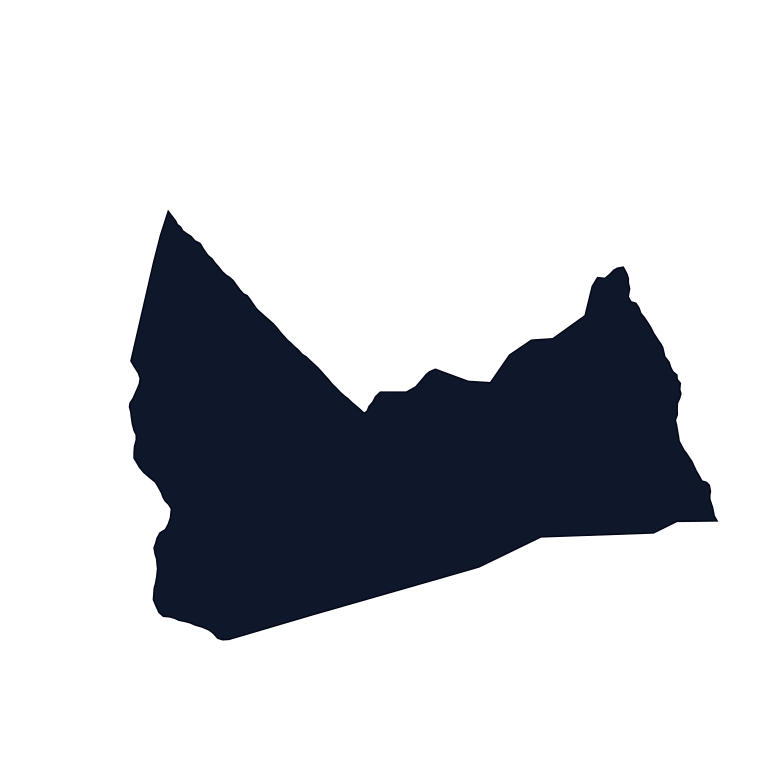 Boninal, Bahia, Brazil, rotated 163°
{"feature_id": "56859067B83846349550781", "entity_name": "Boninal", "entity_type": "district", "adm_level": 2, "iso_a3": "BRA", "parent_name": "Brazil", "parent_adm1": "Bahia", "projection": "mercator", "projection_center": [-41.805, -12.826], "detail": "fine", "context": "isolated", "style": "filled", "palette": "ink", "viewbox_px": 768, "rotation_deg": 163, "n_neighbors": 0, "source": "geoboundaries", "source_scale": "gbopen_adm2", "svg_char_len": 2631}
<svg xmlns="http://www.w3.org/2000/svg" viewBox="0 0 768 768"><g transform="rotate(163 384 384)"><path d="M607.0,185.1L518.3,184.2L409.4,182.3L373.7,181.7L346.5,181.3L278.6,191.9L169.8,162.8L143.9,167.0L139.7,165.7L134.9,164.3L105.5,155.7L106.8,161.3L105.9,169.9L106.1,178.5L105.0,182.3L103.2,185.9L102.5,192.1L104.4,195.7L108.4,198.3L109.4,203.6L110.9,209.9L111.7,215.7L112.2,219.7L113.7,224.5L115.0,229.1L116.5,232.9L118.5,243.1L117.7,247.9L116.9,254.4L116.2,259.6L116.0,264.2L112.5,268.9L110.8,274.9L108.9,280.0L105.4,284.0L102.9,287.9L102.8,292.3L100.4,298.1L102.3,302.8L101.3,307.0L104.2,311.5L105.0,316.4L105.0,321.4L107.5,328.1L107.1,333.2L106.8,337.5L107.6,341.5L108.9,345.2L110.0,349.2L111.3,353.5L112.3,359.7L113.8,365.4L115.6,371.3L117.8,376.6L117.9,381.8L119.5,387.5L123.9,390.5L125.0,396.0L121.2,403.5L120.8,409.2L119.5,413.5L119.5,418.0L121.0,425.8L127.0,426.5L130.8,425.7L136.1,422.8L141.8,420.4L148.7,423.3L156.3,416.5L171.7,390.6L209.3,377.9L230.2,382.8L255.5,375.0L281.9,354.1L302.7,361.9L330.6,383.1L336.8,382.4L340.7,380.8L346.7,376.9L354.4,372.0L359.4,370.9L365.2,369.7L389.9,377.3L395.8,374.3L399.9,370.1L404.9,366.9L408.0,363.0L411.6,361.8L413.6,365.3L416.1,369.5L420.0,375.4L423.0,380.8L425.5,384.2L428.4,389.0L430.6,393.5L433.6,399.0L436.0,404.8L438.1,409.2L440.0,413.5L442.6,418.9L445.8,424.4L448.3,428.7L450.4,432.5L453.6,436.3L456.1,441.7L458.9,446.1L461.3,450.6L463.7,454.4L465.5,458.3L467.6,462.7L469.9,468.7L472.4,474.1L475.6,479.3L478.2,483.4L480.9,487.9L483.6,492.3L485.7,498.5L487.5,504.4L489.1,508.6L492.1,511.3L494.4,516.4L496.3,521.8L498.1,527.1L500.6,531.2L503.1,534.1L505.8,538.6L507.9,544.1L510.1,548.8L511.8,553.9L514.7,558.2L517.0,565.0L518.8,572.2L523.1,576.3L525.3,581.4L528.8,585.6L531.7,589.3L532.6,593.5L535.0,596.9L535.7,601.2L537.4,605.7L539.8,612.3L554.2,591.6L568.7,567.8L619.3,480.0L617.6,473.1L615.7,466.3L615.5,460.6L618.0,455.5L621.0,451.9L624.6,447.7L628.1,443.6L632.3,440.2L634.1,436.4L634.3,431.4L635.4,425.5L636.3,419.4L636.6,412.6L635.8,407.8L637.2,403.1L640.8,397.3L642.8,392.2L644.7,386.2L643.2,380.3L642.2,375.9L639.6,369.7L635.6,363.4L631.5,357.3L630.3,353.2L629.5,349.4L628.6,345.0L628.5,340.9L627.5,336.2L625.2,332.0L623.8,326.8L627.4,318.4L631.2,313.1L635.6,308.7L641.8,307.1L646.2,302.8L648.7,298.7L651.8,294.6L652.6,288.5L652.6,282.9L653.5,278.9L654.5,273.6L657.8,265.8L660.7,260.2L663.4,256.0L665.3,251.1L667.6,245.1L666.9,238.3L665.9,231.3L663.0,226.4L657.0,224.0L652.4,221.0L649.3,218.1L644.1,215.3L639.5,212.5L635.0,208.7L629.1,204.8L623.3,200.0L620.2,195.7L617.3,189.5L613.1,186.6L607.0,185.1Z" fill="#0f172a" stroke="#020617" stroke-width="1.5"/></g></svg>